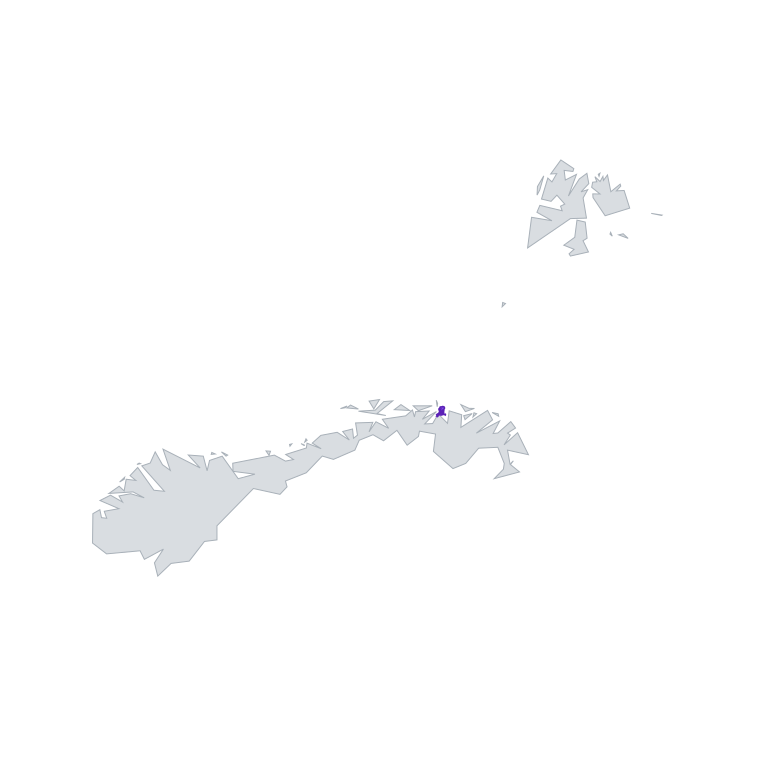 Skjervøy nor, Troms, Norway (highlighted), rotated 36°
{"feature_id": "86288312B92584171254866", "entity_name": "Skjervøy nor", "entity_type": "district", "adm_level": 2, "iso_a3": "NOR", "parent_name": "Norway", "parent_adm1": "Troms", "projection": "albers", "projection_center": [20.765, 70.027], "detail": "fine", "context": "in_parent", "style": "filled", "palette": "violet", "viewbox_px": 768, "rotation_deg": 36, "n_neighbors": 0, "source": "geoboundaries", "source_scale": "gbopen_adm2", "svg_char_len": 6986}
<svg xmlns="http://www.w3.org/2000/svg" viewBox="0 0 768 768"><g transform="rotate(36 384 384)"><path d="M455.1,394.2L440.4,401.3L442.7,406.2L438.7,419.9L421.7,413.9L417.0,430.2L404.9,431.5L397.0,444.1L399.3,454.6L387.4,474.7L376.4,478.6L373.3,501.5L361.3,520.4L366.0,524.2L364.7,534.4L339.8,545.3L332.2,596.9L340.5,608.3L331.3,616.9L330.5,641.8L317.2,654.3L313.9,672.4L303.4,663.6L302.6,647.2L293.2,666.7L284.7,662.3L259.4,684.5L241.7,684.0L224.7,660.0L228.0,652.7L234.0,658.2L238.6,655.6L232.5,651.4L242.8,640.7L222.7,645.2L228.1,634.7L241.9,633.2L235.4,630.3L243.5,621.7L256.9,617.0L244.4,618.8L225.8,634.2L229.8,622.4L236.6,623.2L231.4,612.6L239.9,607.9L232.4,607.4L233.8,596.3L260.3,605.2L269.4,599.9L236.2,592.6L241.3,585.4L238.8,573.4L252.2,579.5L261.9,579.5L243.5,566.6L284.6,560.0L267.4,556.5L280.2,548.6L291.9,558.2L287.8,548.4L295.5,537.5L321.7,546.3L332.6,532.8L313.2,543.4L308.2,537.0L337.1,506.0L349.6,504.3L355.2,498.3L345.9,498.8L358.8,481.4L356.5,477.1L371.2,473.3L360.7,474.0L363.1,462.7L374.5,450.6L388.9,449.7L378.5,446.7L385.0,438.9L391.2,445.8L392.6,441.0L383.9,432.2L397.5,421.6L400.0,431.5L399.7,419.3L413.8,417.1L403.4,413.5L420.3,397.0L422.3,388.3L428.0,392.8L425.8,387.8L436.4,379.3L435.8,390.0L442.6,375.5L440.4,392.4L446.6,387.4L445.5,376.4L458.5,378.5L452.5,367.4L464.9,363.2L471.7,373.9L483.3,344.5L492.9,349.2L487.6,369.5L499.3,345.9L501.4,359.9L504.9,356.7L508.7,339.9L516.3,342.3L512.8,351.1L516.2,351.0L516.9,362.7L520.7,344.9L542.4,356.3L522.8,364.9L533.1,374.8L545.3,375.5L528.8,395.8L530.7,382.8L528.0,377.6L513.3,368.3L498.3,380.3L496.8,400.2L489.5,411.9L463.6,409.5L455.1,394.2ZM424.3,94.3L431.9,101.5L430.5,112.7L434.6,107.0L435.7,116.4L450.3,130.8L437.6,140.6L420.2,189.5L405.4,162.4L423.9,153.2L406.8,155.2L405.1,147.9L426.3,139.1L422.3,136.4L424.5,132.2L412.9,129.6L411.8,138.0L402.7,141.8L395.5,121.1L401.1,121.8L400.1,112.3L395.4,116.1L395.4,98.8L411.0,98.2L411.9,101.0L404.2,105.3L410.8,112.4L416.5,101.3L422.7,123.5L421.5,103.3L424.3,94.3ZM441.9,83.5L454.5,95.1L457.6,83.5L459.2,84.7L458.5,91.2L464.5,86.3L479.4,97.3L464.0,117.9L443.5,110.3L441.2,107.5L447.0,103.3L436.4,102.8L434.2,98.1L437.3,95.3L432.8,92.3L439.8,93.2L439.1,87.4L441.9,90.3L441.9,83.5ZM451.6,134.7L462.6,146.7L460.8,151.1L471.8,157.0L459.6,170.9L457.2,169.9L458.6,163.3L447.9,166.0L452.1,153.2L443.8,138.0L451.6,134.7ZM395.7,412.1L404.0,408.4L379.3,421.0L392.3,410.3L394.1,398.4L401.0,392.5L395.7,412.1ZM409.8,390.7L420.4,390.3L407.4,398.7L409.8,390.7ZM420.5,384.5L435.8,373.3L427.5,385.4L420.5,384.5ZM390.9,121.7L395.9,135.4L396.8,141.2L392.1,134.1L390.9,121.7ZM389.5,399.2L390.4,410.1L382.0,406.6L389.5,399.2ZM471.5,350.6L466.1,358.5L458.3,355.5L467.2,353.7L471.5,350.6ZM472.7,356.1L470.5,365.2L467.1,362.8L472.7,356.1ZM369.3,420.7L378.0,419.3L368.0,425.2L369.3,420.7ZM509.5,84.5L499.9,88.9L509.7,83.9L509.5,84.5ZM489.2,121.9L495.9,122.7L486.2,125.4L489.2,121.9ZM488.2,343.5L493.8,341.0L495.7,342.7L488.2,343.5ZM476.4,353.6L475.4,358.5L473.7,354.4L476.4,353.6ZM445.8,367.5L445.7,372.4L443.4,370.6L445.8,367.5ZM435.0,247.5L434.2,252.1L432.1,248.3L435.0,247.5ZM481.8,130.2L478.7,129.9L478.2,128.1L481.8,130.2ZM331.7,505.1L332.9,509.3L327.9,507.5L331.7,505.1ZM435.8,366.4L438.8,368.2L440.4,371.1L435.8,366.4ZM434.8,86.5L435.9,89.6L434.1,88.4L434.8,86.5ZM298.6,535.2L292.4,534.5L299.3,533.4L298.6,535.2ZM288.6,539.8L285.6,542.5L284.9,540.6L288.6,539.8ZM366.5,426.1L363.2,429.5L367.1,423.5L366.5,426.1ZM229.8,613.8L227.7,618.7L229.0,611.9L229.8,613.8ZM354.0,477.6L353.1,474.2L354.9,474.7L354.0,477.6ZM533.8,370.1L533.7,374.0L533.3,373.4L533.8,370.1ZM355.2,480.8L351.9,481.0L356.0,480.1L355.2,480.8ZM344.6,486.6L344.5,489.6L343.1,488.4L344.6,486.6ZM233.8,591.6L231.4,594.3L232.4,591.9L233.8,591.6Z" fill="#d9dde1" stroke="#a8b0b8" stroke-width="1"/><path d="M446.3,367.3L446.2,367.3L446.0,367.5L445.9,367.5L445.7,367.5L445.4,367.4L445.2,367.5L444.9,367.6L444.7,367.7L444.6,367.8L444.5,368.0L444.6,368.3L444.4,368.4L444.5,368.4L444.5,368.5L444.5,368.4L444.5,368.5L444.4,368.6L444.2,368.6L443.9,368.7L443.7,368.8L443.5,369.0L443.5,369.3L443.4,369.3L443.4,369.5L443.2,369.6L443.3,369.7L443.3,369.8L443.2,369.9L443.2,370.0L443.2,370.5L443.2,371.0L443.1,371.5L443.1,371.9L443.4,372.3L443.5,372.4L443.6,372.5L443.8,372.7L444.1,372.7L444.3,372.6L444.3,372.3L444.3,372.2L444.2,372.1L444.3,372.0L444.5,372.2L444.8,371.8L444.8,371.7L444.7,371.5L444.7,371.3L444.7,371.0L444.7,370.9L444.8,370.8L444.8,371.0L444.8,371.3L444.9,371.6L445.0,371.7L445.0,371.8L444.8,372.3L444.8,372.5L444.7,372.8L444.7,373.0L444.9,373.1L445.3,373.0L445.4,372.9L445.6,372.7L445.6,372.4L445.8,372.5L446.0,372.7L446.5,372.8L446.6,372.7L447.1,372.5L447.2,372.4L447.1,372.1L446.8,371.5L446.7,371.4L446.7,371.2L446.8,370.3L446.9,370.1L447.0,369.6L447.1,369.4L447.1,369.1L447.3,368.8L447.3,368.7L447.3,368.4L447.2,368.2L447.1,367.9L446.9,367.8L446.8,367.7L446.7,367.5L446.6,367.4L446.3,367.3ZM447.7,373.0L447.1,372.9L447.0,373.0L446.7,373.1L446.5,373.3L446.4,373.5L446.4,373.8L446.5,374.2L446.6,374.3L446.7,374.6L446.8,374.7L446.8,374.8L446.7,374.9L446.7,375.1L446.9,375.4L446.9,375.5L447.1,375.9L447.5,376.1L447.9,375.9L448.0,375.9L448.4,375.6L448.5,375.5L448.7,375.4L448.8,375.2L448.6,374.9L448.5,374.7L448.6,374.8L448.8,374.8L448.9,374.7L449.1,374.5L449.3,374.4L449.5,374.4L449.7,374.2L449.8,374.1L449.8,373.9L449.7,373.9L449.7,374.0L449.7,373.9L449.5,374.0L449.4,374.0L449.5,373.9L449.4,373.9L449.5,373.8L449.6,373.7L449.3,373.9L449.3,374.0L449.1,374.0L448.9,374.0L449.0,373.9L448.8,374.0L448.7,374.1L448.8,374.2L448.8,374.3L448.6,374.5L448.3,374.2L448.2,374.0L448.2,373.9L448.0,373.6L447.8,373.3L447.7,373.1L447.7,373.0ZM446.4,379.0L446.5,378.9L446.6,378.6L446.6,378.4L446.1,377.8L446.1,377.7L446.3,377.3L446.2,377.2L446.4,376.9L446.5,376.7L446.5,376.4L446.3,376.4L446.1,376.5L445.9,376.7L445.6,376.7L445.4,376.6L445.1,376.6L445.0,376.8L444.8,376.9L444.8,377.0L444.9,377.3L444.8,377.6L444.7,377.8L445.2,377.9L445.2,378.0L445.4,378.1L445.4,378.3L445.4,378.5L445.4,378.8L445.5,378.9L445.5,379.0L446.1,378.7L446.4,379.0ZM448.2,370.7L448.0,370.4L447.9,370.1L447.6,369.7L447.4,369.8L447.2,370.2L447.0,370.6L446.9,370.7L446.9,370.8L447.0,371.1L447.0,371.3L447.1,371.5L447.3,371.8L447.4,372.0L447.6,372.1L447.9,372.0L448.2,371.7L448.3,371.5L448.4,371.3L448.4,371.1L448.2,370.9L448.2,370.7L448.2,370.7ZM449.1,372.4L449.1,372.2L448.9,372.2L448.9,372.3L448.8,372.5L448.7,372.7L448.6,372.9L448.6,373.0L448.4,373.2L448.4,373.3L448.3,373.5L448.4,373.8L448.5,373.8L448.8,373.7L449.0,373.5L449.2,373.2L448.9,373.1L449.0,373.0L449.1,372.9L449.3,372.8L449.3,372.7L449.2,372.7L449.2,372.4L449.1,372.4ZM445.8,375.7L446.0,375.4L446.1,375.2L446.1,374.9L445.9,374.7L445.8,374.4L445.7,374.4L445.7,374.2L445.5,374.3L445.4,374.3L445.5,374.5L445.5,374.8L445.5,375.0L445.4,375.0L445.4,375.3L445.5,375.5L445.8,375.7ZM451.3,373.2L451.5,373.1L451.7,372.9L451.8,372.9L451.7,372.7L451.5,372.4L451.3,372.4L451.3,372.5L451.0,372.7L451.0,372.8L451.1,373.1L451.3,373.2L451.3,373.2Z" fill="#8b5cf6" stroke="#5b21b6" stroke-width="1.5"/></g></svg>